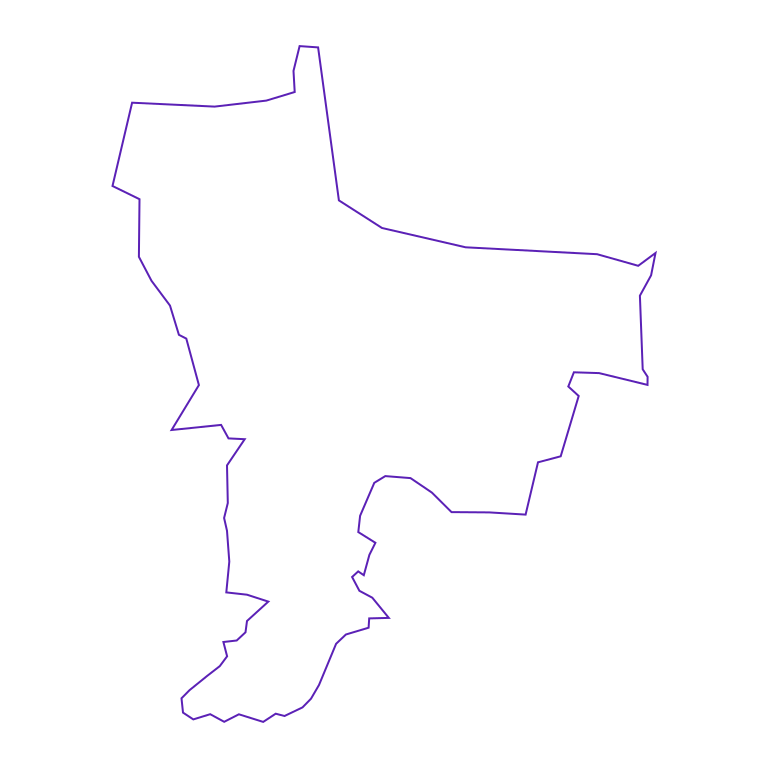 Gijduvan, Bukhoro, Uzbekistan (Equal Earth projection)
{"feature_id": "79887680B42366565573671", "entity_name": "Gijduvan", "entity_type": "district", "adm_level": 2, "iso_a3": "UZB", "parent_name": "Uzbekistan", "parent_adm1": "Bukhoro", "projection": "equal_earth", "projection_center": [64.807, 40.434], "detail": "fine", "context": "isolated", "style": "outline", "palette": "violet", "viewbox_px": 768, "rotation_deg": 0, "n_neighbors": 0, "source": "geoboundaries", "source_scale": "gbopen_adm2", "svg_char_len": 1155}
<svg xmlns="http://www.w3.org/2000/svg" viewBox="0 0 768 768"><path d="M655.5,253.0L638.2,265.8L597.1,254.2L465.6,247.3L382.0,228.0L338.9,200.4L318.1,47.4L299.6,46.1L293.5,70.9L294.7,92.0L266.3,100.6L214.6,106.6L132.1,102.7L112.5,186.0L139.5,199.2L138.9,256.8L151.5,280.8L170.0,305.6L178.9,334.8L186.3,338.6L198.9,385.1L171.6,430.0L221.1,424.9L228.5,438.4L244.7,439.2L227.0,465.4L227.8,503.0L224.1,518.0L227.0,530.8L229.3,561.6L226.3,592.4L247.0,594.7L268.3,601.6L247.0,621.0L245.5,632.3L236.7,640.5L223.4,642.0L227.1,656.3L219.8,666.1L207.3,675.8L189.6,690.1L181.5,698.3L183.0,712.6L193.3,719.4L210.2,714.2L224.2,721.8L238.9,714.3L263.2,721.9L275.7,713.7L284.5,716.0L302.5,707.4L311.0,698.7L319.0,685.0L336.1,643.8L345.9,634.5L368.6,627.7L369.2,618.4L388.8,617.9L372.3,597.7L359.4,590.8L352.1,577.0L358.2,571.4L363.8,575.2L369.4,554.8L375.4,542.8L358.3,532.1L360.1,515.8L374.3,482.8L385.3,476.1L410.5,478.1L431.9,492.6L451.5,512.1L489.2,512.4L525.6,514.6L538.0,462.3L560.7,456.3L578.7,396.0L568.3,386.5L573.9,372.3L599.1,373.1L647.5,384.9L647.6,376.8L642.7,369.3L639.9,295.7L651.1,275.3L655.5,253.0Z" fill="none" stroke="#5b21b6" stroke-width="2"/></svg>